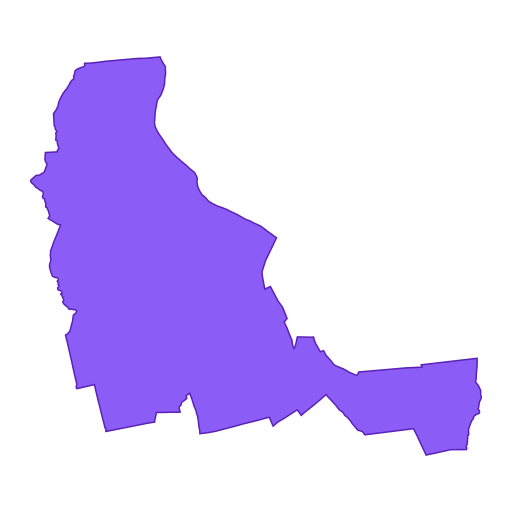 Tansa, Iasi, Romania
{"feature_id": "2599482B58349207668580", "entity_name": "Tansa", "entity_type": "district", "adm_level": 2, "iso_a3": "ROU", "parent_name": "Romania", "parent_adm1": "Iasi", "projection": "robinson", "projection_center": [27.249, 46.905], "detail": "fine", "context": "isolated", "style": "filled", "palette": "violet", "viewbox_px": 512, "rotation_deg": 0, "n_neighbors": 0, "source": "geoboundaries", "source_scale": "gbopen_adm2", "svg_char_len": 5823}
<svg xmlns="http://www.w3.org/2000/svg" viewBox="0 0 512 512"><path d="M467.8,435.9L468.3,435.5L468.1,435.0L468.3,434.4L468.9,434.0L468.8,433.1L468.5,432.3L468.6,429.1L470.9,422.5L471.5,421.8L471.7,420.5L473.3,418.8L473.7,417.2L473.8,416.4L474.4,415.8L475.5,415.2L476.4,414.3L477.3,414.0L478.6,413.8L479.4,412.9L479.5,411.7L479.3,410.5L478.0,409.1L478.5,407.9L478.7,406.6L478.9,405.8L479.1,403.6L479.3,402.9L479.4,402.1L481.0,398.7L481.3,397.4L480.7,394.6L480.6,390.3L478.4,385.6L475.5,382.1L476.0,379.8L476.2,377.8L476.2,376.3L476.3,373.9L477.1,366.0L477.1,358.3L421.2,364.8L422.1,367.1L405.8,367.9L358.6,372.0L358.2,373.4L357.1,375.0L356.6,375.2L355.7,375.1L349.5,372.4L346.2,370.4L343.3,368.9L335.8,365.8L334.1,364.8L333.0,363.6L331.2,361.0L328.7,358.4L328.0,357.4L326.0,355.2L325.0,353.6L324.6,352.4L324.3,351.7L323.5,350.7L320.4,351.7L319.2,349.8L318.7,348.8L315.6,343.5L315.0,341.7L313.5,338.0L313.8,338.0L313.5,337.0L311.5,337.2L297.4,336.9L297.0,338.3L295.8,344.1L295.3,345.8L295.0,346.8L293.9,348.4L292.8,345.7L291.9,340.0L289.8,335.3L287.2,328.4L284.2,322.1L287.1,318.5L282.7,307.4L278.1,301.1L270.4,286.5L264.8,289.1L262.5,277.0L262.0,271.9L265.4,261.0L276.5,237.8L274.0,236.1L271.1,233.8L269.4,232.8L268.4,231.9L266.6,230.7L265.2,229.3L263.9,228.6L260.9,226.2L256.4,224.1L253.1,222.7L250.8,221.3L247.5,220.0L245.9,219.5L237.0,214.4L232.1,212.2L227.1,209.6L222.0,207.6L217.0,205.9L211.3,202.9L208.7,201.3L204.2,196.3L203.7,195.9L202.6,195.4L202.2,194.9L200.2,191.9L198.6,188.8L197.4,185.3L197.2,184.0L197.0,181.4L197.3,178.8L197.1,177.8L196.6,176.6L196.0,175.5L195.4,174.0L194.8,172.9L194.2,172.3L192.5,170.8L190.0,168.9L186.1,165.2L181.0,161.0L179.4,159.5L177.3,157.8L173.5,154.1L171.6,152.1L169.7,149.4L168.1,147.4L166.9,145.7L165.7,144.1L163.4,140.3L159.8,135.3L157.6,131.8L155.6,127.7L154.7,124.8L154.5,121.9L155.0,116.2L155.0,114.0L155.7,109.1L156.3,106.6L156.6,104.2L157.4,100.3L158.3,98.7L160.7,95.4L161.6,93.3L163.2,89.1L164.3,85.2L164.6,83.4L164.8,78.4L165.6,73.7L165.3,66.7L164.9,65.7L164.1,64.8L163.2,63.2L161.2,59.8L160.1,56.9L145.2,58.3L137.8,58.4L111.2,60.8L105.2,61.3L102.0,61.8L92.6,62.9L89.9,63.1L84.5,63.3L84.6,64.4L84.8,64.9L84.7,65.5L84.4,66.0L84.1,66.4L83.7,66.7L83.0,67.0L81.2,67.4L77.2,69.1L75.7,70.2L75.2,70.7L75.0,71.1L74.7,72.8L74.3,74.6L73.8,75.7L73.5,76.5L73.9,77.7L73.9,78.3L73.8,78.7L72.1,80.1L70.8,81.6L70.3,82.2L70.2,82.7L69.8,83.2L69.4,84.4L67.2,87.8L67.0,88.3L66.6,89.0L65.3,90.2L64.4,91.6L63.7,92.5L63.1,93.3L62.4,94.7L60.6,97.9L59.0,101.7L58.4,103.9L58.0,105.9L57.7,106.5L56.0,110.2L55.1,111.1L54.4,112.5L53.5,113.5L54.2,125.4L54.4,126.2L55.3,127.0L55.2,128.2L55.3,129.0L55.9,130.0L56.8,131.2L56.6,132.0L55.9,132.8L55.7,133.2L55.8,133.8L56.1,134.9L56.1,136.0L56.0,136.9L55.9,138.5L55.8,139.9L55.8,140.2L56.0,140.4L56.9,140.7L57.3,141.0L57.3,142.5L57.4,143.6L58.2,146.4L58.8,147.8L58.9,148.3L58.9,148.5L57.7,149.7L57.6,150.0L57.2,151.2L57.1,151.9L45.4,152.5L44.9,159.5L45.5,161.6L47.0,164.0L46.5,166.1L45.5,168.4L45.5,169.6L44.8,170.3L44.5,171.3L43.8,172.4L42.4,173.3L41.6,173.6L40.4,174.6L39.2,175.2L37.7,175.2L35.9,175.5L30.7,180.2L30.7,181.7L32.3,183.5L34.2,184.9L34.9,185.7L35.3,186.8L36.0,187.4L36.7,187.6L40.4,190.4L41.0,190.7L42.6,191.1L43.1,192.7L43.3,194.4L42.4,196.4L43.2,198.4L43.8,198.6L44.6,199.2L45.0,201.6L45.9,203.3L45.6,205.4L45.8,207.1L46.9,207.8L47.8,209.5L48.6,211.7L49.2,214.2L49.5,214.7L49.8,215.2L49.4,216.2L48.1,218.4L51.0,220.2L52.8,221.2L57.3,224.1L58.3,224.5L60.6,225.0L56.3,235.9L53.8,241.7L52.3,246.4L51.6,247.9L51.4,249.1L50.8,250.1L50.6,250.7L50.5,253.7L50.3,255.3L50.8,259.8L50.6,261.4L49.6,264.3L49.5,265.8L49.6,267.6L51.0,272.5L51.9,274.3L52.3,276.0L53.1,276.6L54.2,277.0L55.2,277.5L56.1,277.5L57.2,277.8L57.8,278.2L58.4,279.2L58.3,280.0L58.1,280.5L57.5,280.7L57.3,281.1L57.3,281.6L57.5,281.9L58.5,282.9L58.4,283.8L58.1,284.1L58.0,284.5L58.2,284.9L59.0,285.5L59.1,286.0L58.6,286.8L57.6,287.9L57.9,289.3L58.2,290.0L59.5,290.2L60.3,290.5L60.9,290.9L61.6,291.6L62.1,292.1L62.2,292.7L61.9,293.2L61.3,293.5L60.8,294.0L60.7,294.3L61.9,295.3L62.1,295.7L62.1,296.2L62.5,296.8L63.7,299.6L63.7,300.3L63.5,300.7L63.1,301.1L62.9,301.6L62.9,302.0L63.1,302.9L63.4,303.4L64.1,304.2L64.8,304.8L65.2,305.3L66.3,306.2L67.3,306.9L68.5,308.2L68.5,308.8L69.0,309.1L69.6,309.2L70.2,309.1L75.5,309.9L76.2,310.4L76.6,311.0L76.4,311.8L75.9,312.8L75.4,313.5L74.2,314.2L73.7,314.7L73.3,315.4L72.5,321.4L71.6,324.3L70.5,329.0L69.6,331.4L69.2,332.0L66.8,334.4L65.5,335.0L66.5,339.6L66.7,339.9L66.9,341.1L67.1,341.4L71.2,359.3L74.1,372.8L76.9,384.7L76.6,385.1L76.4,385.9L76.3,386.6L76.3,387.4L76.7,388.6L76.8,388.7L94.4,384.6L98.0,400.0L105.1,428.1L105.6,428.6L105.9,429.4L106.0,430.2L105.8,431.2L105.9,431.5L147.7,423.2L154.6,422.1L154.9,419.5L155.3,417.9L155.4,417.2L155.9,415.3L156.3,413.3L156.3,412.4L160.0,412.5L173.2,412.2L177.0,412.3L180.1,412.1L179.5,409.2L179.1,408.2L179.2,407.1L179.4,406.5L179.9,406.2L180.7,405.6L181.0,404.9L181.3,403.9L181.3,403.2L181.5,402.6L182.0,402.0L185.2,399.9L186.9,398.2L186.2,396.3L186.1,395.8L186.5,395.4L189.6,393.3L192.0,399.3L194.1,406.3L196.0,410.6L196.5,413.2L197.4,415.7L198.3,420.8L199.0,427.0L199.7,430.4L199.9,433.7L208.5,432.6L215.9,431.2L238.0,425.4L242.0,424.2L255.1,421.0L269.3,417.2L273.1,426.1L278.2,421.8L283.4,418.8L297.2,409.8L301.3,415.4L304.6,412.4L313.8,405.1L317.3,402.1L319.7,400.2L324.0,396.3L326.3,394.5L327.6,396.5L333.3,402.5L335.8,405.3L339.2,409.8L341.5,411.3L343.0,412.5L344.8,415.4L347.8,417.7L350.8,421.3L352.1,423.4L354.6,426.4L357.3,429.6L357.9,430.2L361.2,431.1L362.5,431.7L364.9,434.8L413.5,428.7L416.5,434.6L426.1,455.1L450.5,449.7L466.4,449.6L466.8,448.2L466.7,447.6L465.9,446.7L465.9,446.3L466.0,446.0L466.5,445.5L466.9,444.9L467.2,444.1L467.1,443.0L467.5,442.0L467.5,441.2L467.3,439.9L467.7,438.9L467.7,438.5L467.6,437.0L467.8,435.9Z" fill="#8b5cf6" stroke="#5b21b6" stroke-width="1.5"/></svg>